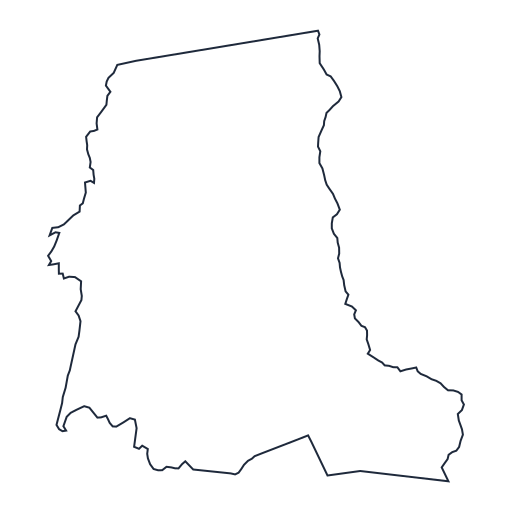 the district of Iracema, Ceará, Brazil
{"feature_id": "56859067B18871619183331", "entity_name": "Iracema", "entity_type": "district", "adm_level": 2, "iso_a3": "BRA", "parent_name": "Brazil", "parent_adm1": "Ceará", "projection": "natural_earth1", "projection_center": [-38.338, -5.764], "detail": "fine", "context": "isolated", "style": "outline", "palette": "slate", "viewbox_px": 512, "rotation_deg": 0, "n_neighbors": 0, "source": "geoboundaries", "source_scale": "gbopen_adm2", "svg_char_len": 2884}
<svg xmlns="http://www.w3.org/2000/svg" viewBox="0 0 512 512"><path d="M117.3,64.9L113.7,72.9L108.5,77.8L106.7,81.5L105.9,85.6L110.4,91.8L107.4,95.8L106.8,100.6L106.4,104.8L101.0,112.2L97.1,117.3L96.6,123.4L97.4,129.5L94.0,130.9L90.2,131.5L86.1,136.8L86.6,141.2L87.2,145.2L87.0,149.4L88.3,154.2L89.8,157.9L90.6,162.0L89.8,167.5L93.2,170.0L93.6,174.8L94.3,178.8L94.0,182.9L90.5,180.8L85.0,182.5L85.8,192.6L83.9,199.0L82.8,203.3L79.9,205.5L79.6,211.6L73.3,215.4L68.2,220.3L63.9,224.4L58.3,227.2L52.3,227.9L49.6,235.4L55.5,232.3L59.3,232.9L56.6,240.6L54.2,246.5L51.5,251.2L48.1,255.8L51.2,261.1L48.9,265.0L53.2,264.4L58.8,263.3L58.8,269.6L58.9,273.7L62.7,273.6L63.9,278.5L69.1,276.7L75.0,277.1L81.1,281.3L80.7,289.2L81.8,296.0L81.4,300.1L75.5,311.3L78.6,315.5L80.5,321.2L79.4,330.9L78.6,336.8L75.5,344.3L70.7,366.2L69.8,370.4L67.8,375.6L65.6,387.8L62.8,397.0L62.1,403.1L60.5,409.5L57.6,420.6L56.5,424.9L59.1,429.2L62.5,431.2L66.1,430.6L63.4,426.2L66.7,416.8L70.7,412.8L76.3,409.9L80.1,408.1L84.2,406.2L89.4,407.7L97.4,417.6L101.0,417.4L106.2,415.7L108.0,419.2L109.7,422.9L112.7,426.4L116.3,426.6L123.4,422.4L129.9,418.2L134.9,419.6L136.6,428.2L134.1,446.8L139.0,448.8L142.2,445.7L147.8,449.0L147.2,453.8L147.9,458.3L150.1,464.2L153.6,469.0L158.2,470.3L162.2,470.2L166.5,466.8L171.3,467.4L175.0,468.3L178.5,468.4L182.0,464.2L185.3,461.3L193.2,469.5L230.7,473.4L235.1,474.4L238.6,472.7L241.3,469.0L244.0,464.8L248.0,460.8L251.9,458.7L254.6,456.2L262.2,453.2L294.1,440.9L308.1,435.4L311.4,441.9L327.5,475.5L360.2,471.0L448.4,481.3L441.7,467.4L444.7,463.1L447.6,459.1L448.6,454.8L452.3,452.1L456.3,450.7L459.1,447.0L460.6,440.8L462.9,434.7L462.0,429.4L460.7,425.7L458.8,420.5L457.8,414.0L461.9,410.1L463.9,404.5L461.6,400.3L461.6,394.5L458.0,391.9L453.2,390.4L448.0,390.3L443.9,386.9L440.6,383.3L436.2,380.8L431.5,379.2L426.6,376.3L420.7,373.9L417.7,371.3L416.2,367.5L412.0,368.4L406.1,369.5L400.4,371.3L397.4,367.3L393.2,367.2L389.0,365.8L384.7,365.4L382.1,362.5L378.3,360.5L372.7,356.8L367.8,353.7L370.1,350.0L368.4,344.3L366.7,339.4L367.1,335.1L367.0,330.6L365.0,327.2L361.4,325.8L358.6,322.1L354.9,318.4L354.2,314.4L355.9,310.3L351.9,306.5L345.3,303.9L346.8,299.2L348.4,294.7L345.6,291.4L344.2,285.2L343.6,280.0L342.2,276.4L341.0,272.0L340.0,267.4L339.6,262.9L338.0,258.3L339.2,253.6L339.1,247.7L337.7,242.6L337.3,238.0L333.9,233.8L331.8,228.4L331.8,223.3L332.8,217.4L336.9,214.3L339.8,209.7L337.4,203.3L334.9,198.5L333.0,193.9L329.2,188.5L326.7,184.7L325.2,180.2L324.1,175.0L322.4,168.4L319.4,163.1L319.4,157.2L320.3,151.3L318.0,146.6L318.2,142.5L318.6,137.0L321.6,130.2L323.9,125.2L324.2,121.1L325.6,117.0L326.5,112.9L329.3,110.2L333.0,106.1L338.6,101.5L341.4,97.1L339.8,91.2L337.3,86.2L334.1,81.1L330.7,76.4L326.6,74.5L323.9,69.6L319.7,63.2L319.5,56.3L319.7,51.2L319.2,44.8L317.7,38.4L319.4,34.5L318.0,30.7L136.0,60.8L117.3,64.9Z" fill="none" stroke="#1e293b" stroke-width="2"/></svg>